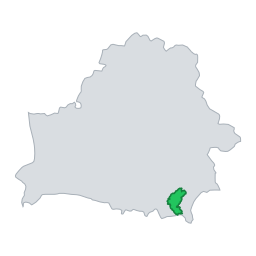 Khoiniki, Gomel, Belarus shown in context
{"feature_id": "67162791B63950130624576", "entity_name": "Khoiniki", "entity_type": "district", "adm_level": 2, "iso_a3": "BLR", "parent_name": "Belarus", "parent_adm1": "Gomel", "projection": "albers", "projection_center": [29.942, 51.823], "detail": "fine", "context": "in_parent", "style": "filled", "palette": "green", "viewbox_px": 256, "rotation_deg": 0, "n_neighbors": 0, "source": "geoboundaries", "source_scale": "gbopen_adm2", "svg_char_len": 7359}
<svg xmlns="http://www.w3.org/2000/svg" viewBox="0 0 256 256"><path d="M219.9,190.1L215.3,190.0L209.9,190.2L206.9,192.4L203.5,191.4L201.2,192.6L195.9,198.6L193.8,201.8L191.8,206.6L190.6,210.3L191.3,212.8L192.3,215.1L192.6,217.6L193.1,219.6L191.8,221.1L191.0,223.2L188.7,222.8L185.8,220.8L185.2,218.0L183.1,216.0L181.6,214.9L179.3,214.8L175.5,215.7L170.6,216.4L166.9,216.6L164.8,217.6L161.8,218.6L160.7,217.4L159.1,214.1L157.7,210.8L156.8,209.4L156.0,209.0L155.0,209.1L153.9,210.1L153.0,211.1L149.9,212.3L148.5,213.4L146.9,216.4L145.9,216.2L144.9,215.5L143.8,212.1L142.2,211.3L139.6,211.2L136.4,210.4L133.8,209.4L132.8,209.6L131.3,211.0L129.6,211.1L125.9,209.8L125.2,210.3L123.0,213.9L122.0,214.1L121.4,213.6L121.8,210.4L119.7,209.2L116.1,208.9L113.6,209.3L112.3,209.1L111.7,208.5L108.8,203.0L107.2,202.6L104.3,202.7L100.0,201.9L95.1,200.4L92.4,199.9L91.0,198.6L88.0,198.0L79.9,195.3L76.6,194.7L71.6,194.4L64.2,193.4L59.3,193.4L57.1,194.0L54.5,194.3L45.5,194.3L42.3,194.6L41.3,195.7L40.0,198.1L36.0,202.1L32.2,204.6L31.5,204.8L29.6,203.1L27.9,202.5L25.8,202.1L24.3,202.5L23.4,203.1L23.2,206.4L23.0,206.7L21.7,202.6L22.2,199.1L23.2,197.2L24.4,195.4L24.2,192.7L25.6,189.1L25.9,186.5L25.5,185.4L24.8,184.0L22.6,182.3L21.7,181.1L18.7,179.3L15.8,177.2L15.4,176.0L15.6,175.2L16.2,174.0L18.9,170.7L21.8,167.6L23.5,166.3L32.5,162.7L33.9,161.3L34.5,158.7L34.8,153.5L34.6,148.7L34.3,145.4L33.2,139.1L29.9,126.0L28.4,112.5L30.0,113.5L34.0,114.1L37.2,113.5L38.9,113.5L40.3,113.9L44.6,113.5L45.5,114.7L47.3,115.9L51.1,114.7L54.5,113.1L57.8,113.5L58.4,112.6L59.5,108.0L60.6,107.1L64.6,107.8L66.2,107.1L67.9,104.9L70.3,103.6L72.3,103.7L74.4,102.2L75.4,103.4L75.8,105.3L75.0,106.8L75.3,107.5L76.6,108.3L79.1,108.4L80.7,107.9L81.1,107.0L81.2,105.4L80.9,103.9L79.9,102.5L78.0,101.8L76.7,101.7L76.5,100.8L77.1,99.1L78.4,95.9L80.1,93.1L81.0,92.0L81.3,91.0L81.2,89.2L81.3,86.1L82.9,81.7L84.9,78.4L87.3,77.5L90.2,77.0L92.1,75.5L93.1,73.8L94.0,70.9L95.0,70.4L101.8,71.1L103.0,68.3L103.6,67.5L105.0,66.7L106.0,65.7L105.7,64.9L103.9,64.3L99.8,63.7L99.0,62.7L99.4,61.6L100.6,58.7L101.8,54.9L102.5,52.0L102.6,50.2L103.2,49.8L106.6,49.4L107.7,48.8L110.8,44.9L113.0,44.3L118.6,45.6L121.1,45.6L124.4,46.0L124.7,45.6L126.0,41.6L131.7,35.4L134.7,33.3L136.6,32.8L137.3,33.0L140.2,36.4L140.9,36.6L142.9,35.2L146.3,35.1L147.9,36.3L150.1,40.5L151.2,41.0L154.6,38.8L156.5,38.0L157.7,38.1L163.9,41.3L164.4,42.4L164.4,43.6L163.4,47.3L164.7,49.6L166.2,51.2L169.5,48.6L170.7,47.9L172.0,47.9L173.7,47.0L175.0,45.5L176.2,45.0L178.5,45.3L182.7,45.0L187.6,47.2L188.0,47.9L190.5,50.6L191.4,51.9L192.2,52.3L193.5,53.6L195.3,54.4L196.5,54.1L197.1,54.5L197.6,55.6L197.7,57.3L197.6,62.3L195.8,64.9L195.6,65.8L195.7,66.9L197.1,69.0L199.0,72.3L199.4,74.3L199.5,75.7L197.0,80.0L196.2,81.0L195.7,83.1L195.4,85.3L195.6,86.2L199.8,89.5L202.9,91.3L203.6,92.2L203.7,92.7L202.1,96.4L202.0,97.4L204.5,98.9L205.9,101.2L207.2,105.1L209.6,108.8L218.6,114.0L219.4,115.0L219.7,116.1L219.5,118.7L218.0,123.6L219.6,124.3L223.5,124.0L228.3,124.4L234.2,127.7L234.2,129.2L233.7,130.7L234.1,132.1L234.8,133.4L240.0,137.0L240.5,138.1L240.6,140.0L240.6,141.4L239.2,141.7L237.7,142.4L235.2,144.1L234.3,146.5L230.3,149.8L227.8,151.3L225.7,151.5L220.9,150.9L219.2,149.4L218.5,148.0L216.6,147.4L214.1,147.4L210.8,147.7L210.1,148.1L209.6,149.9L208.2,153.0L207.2,154.7L211.6,160.7L213.8,163.1L214.6,164.6L214.6,165.7L213.5,167.0L213.8,169.5L216.0,172.9L215.2,173.4L215.1,177.6L215.2,182.0L215.8,183.1L217.0,183.9L218.0,185.5L219.7,189.2L219.9,190.1Z" fill="#d9dde1" stroke="#a8b0b8" stroke-width="1"/><path d="M177.4,214.8L177.5,214.7L177.8,214.8L178.0,214.4L178.1,214.1L178.3,213.8L178.6,213.5L178.9,213.5L179.2,213.5L179.5,213.6L179.8,213.6L180.4,213.8L180.8,213.8L180.9,213.7L181.1,213.4L181.5,213.4L181.7,213.5L181.9,213.7L182.2,213.6L182.3,213.4L182.0,213.0L181.4,212.7L181.2,212.5L181.5,212.1L181.8,211.8L182.0,211.5L181.8,211.2L181.6,210.9L181.6,210.6L181.4,210.3L181.0,210.2L180.6,210.1L180.4,210.0L180.2,209.7L180.2,209.3L180.0,209.2L179.6,208.9L179.5,208.5L179.6,208.2L179.8,207.9L180.0,207.6L180.1,207.4L179.8,207.2L179.5,207.0L179.3,206.9L178.9,206.7L178.5,206.5L178.3,206.7L178.2,206.9L178.1,207.1L178.0,207.3L177.6,207.3L177.2,207.3L176.8,207.2L176.6,207.1L176.6,206.8L176.8,206.6L176.9,206.3L177.1,206.1L177.3,206.1L177.5,206.2L177.8,206.2L178.0,206.0L178.1,205.5L178.2,205.2L178.4,204.9L178.6,204.5L178.8,204.3L179.1,204.3L179.2,204.0L179.2,203.7L179.3,203.4L179.6,203.4L179.9,203.2L180.1,203.1L180.3,202.7L180.3,202.2L180.3,201.7L180.7,201.5L181.0,201.4L181.1,201.2L181.2,200.9L181.4,200.6L181.3,200.2L181.5,200.0L181.8,199.6L181.8,199.2L181.9,198.8L181.8,198.6L181.6,198.4L181.3,198.1L181.5,197.8L181.2,197.6L181.2,197.3L181.4,197.2L181.7,197.1L182.1,197.0L182.2,196.7L182.4,196.5L182.6,196.3L182.9,196.2L183.2,196.2L183.4,196.0L183.5,195.9L183.4,195.7L183.5,195.4L183.9,195.3L184.1,195.1L184.5,194.8L184.7,194.6L184.9,194.4L184.9,194.0L185.1,193.8L185.4,193.7L185.6,193.6L185.9,193.6L185.9,193.3L185.9,192.8L186.0,192.3L185.8,192.0L185.5,191.7L185.3,191.5L185.1,191.2L184.9,190.9L184.5,190.7L184.4,190.6L184.3,190.4L184.2,190.3L183.9,190.4L183.9,190.5L183.6,190.8L183.4,190.9L183.1,190.8L182.9,190.8L182.5,190.7L182.4,190.7L182.2,190.7L182.0,190.8L181.9,190.9L181.8,191.0L181.7,191.3L181.5,191.0L181.4,190.7L181.5,189.9L181.5,189.4L181.6,189.1L181.6,188.8L181.6,188.7L181.8,188.4L181.6,188.2L181.4,188.2L181.2,188.3L180.7,188.3L180.4,188.4L180.3,188.5L180.1,188.5L180.0,188.4L179.8,188.3L179.7,188.4L179.2,188.6L178.7,188.9L178.3,189.2L178.0,189.5L177.9,189.7L177.8,189.8L177.7,190.0L177.5,190.4L177.3,190.4L177.0,190.5L176.9,190.7L176.6,190.8L176.3,190.9L176.1,191.0L175.8,191.0L175.7,191.1L175.6,191.3L175.6,191.5L175.6,191.8L175.4,192.1L175.2,192.2L175.1,192.3L174.9,192.5L174.7,192.7L174.6,192.8L174.6,193.0L174.4,193.3L174.0,193.5L173.8,193.5L173.6,193.5L173.4,193.4L173.1,193.2L172.9,193.3L172.7,193.3L172.4,193.5L172.1,193.7L171.9,193.9L171.6,194.0L171.4,194.1L171.2,194.2L171.1,194.3L170.9,194.6L170.9,194.8L170.9,195.0L170.7,195.3L170.6,195.6L170.5,195.8L170.5,196.0L170.4,196.2L170.2,196.3L169.9,196.4L169.8,196.6L169.6,196.7L169.6,196.8L169.5,197.2L169.5,197.4L169.4,197.5L169.2,197.6L169.1,197.8L169.1,198.0L169.3,198.2L169.3,198.4L169.3,198.6L169.6,198.9L169.8,199.0L169.7,199.2L169.3,199.1L169.1,199.0L168.9,199.1L168.7,199.2L168.5,198.7L168.4,198.8L168.2,198.8L168.2,199.0L168.2,199.4L168.1,199.5L168.1,199.8L168.1,200.0L167.9,200.5L167.5,200.8L167.3,200.9L167.2,201.1L167.2,201.3L167.3,201.6L167.5,201.8L167.9,202.1L167.9,202.4L168.0,202.7L167.9,203.0L167.8,203.5L167.7,203.7L167.6,203.8L167.6,204.0L167.9,204.2L168.3,204.3L168.6,204.2L168.9,204.0L169.1,204.1L169.3,204.3L169.6,204.2L169.9,204.1L170.1,204.2L170.1,204.5L170.2,204.8L170.5,205.0L170.6,205.3L170.4,205.5L170.2,205.6L170.0,205.8L170.0,206.0L170.1,206.4L170.3,206.6L170.4,206.9L170.4,207.3L170.4,207.7L170.5,208.0L170.8,208.4L171.0,208.6L171.2,208.8L171.4,209.0L171.8,209.1L172.1,209.1L172.2,209.3L172.2,209.6L172.2,209.8L172.2,210.0L172.5,210.1L172.8,210.2L173.0,210.4L173.3,210.6L173.6,210.8L173.8,210.9L173.9,211.0L173.9,211.3L173.7,211.4L173.8,211.6L173.9,211.9L174.1,212.2L174.3,212.6L174.5,212.8L174.7,213.0L174.9,213.1L175.1,213.2L175.3,213.5L175.5,213.8L175.7,214.0L175.9,214.2L176.2,214.3L176.4,214.2L176.5,214.1L176.9,214.1L177.1,214.3L177.2,214.5L177.3,214.7L177.4,214.8Z" fill="#22c55e" stroke="#15803d" stroke-width="1.5"/></svg>